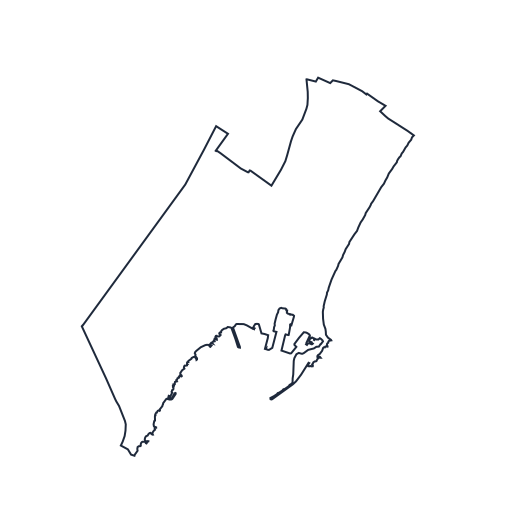 the district of Al Dikhila, Al Iskandariyah, Egypt, rotated 162°
{"feature_id": "37247803B81947016112808", "entity_name": "Al Dikhila", "entity_type": "district", "adm_level": 2, "iso_a3": "EGY", "parent_name": "Egypt", "parent_adm1": "Al Iskandariyah", "projection": "mercator", "projection_center": [29.797, 31.119], "detail": "fine", "context": "isolated", "style": "outline", "palette": "slate", "viewbox_px": 512, "rotation_deg": 162, "n_neighbors": 0, "source": "geoboundaries", "source_scale": "gbopen_adm2", "svg_char_len": 6133}
<svg xmlns="http://www.w3.org/2000/svg" viewBox="0 0 512 512"><g transform="rotate(162 256 256)"><path d="M442.9,243.3L443.4,243.0L436.4,185.6L434.2,163.7L433.8,160.9L432.6,155.7L431.6,139.5L431.9,136.1L434.1,130.2L436.6,125.3L440.2,120.6L443.1,117.5L437.6,111.7L436.2,105.7L433.3,103.6L432.7,104.5L428.8,107.4L428.5,109.2L427.6,110.9L426.4,111.3L424.6,110.9L424.2,111.2L423.9,112.4L423.1,113.6L422.0,114.3L421.2,114.4L418.6,113.4L418.4,113.2L418.6,112.1L418.1,111.6L417.6,112.0L417.8,112.8L415.7,112.9L415.6,113.1L416.8,113.6L417.8,113.6L418.5,114.5L418.5,115.9L418.2,116.5L417.4,117.7L416.2,118.6L414.6,118.7L413.1,120.0L411.8,120.5L411.0,120.4L410.7,119.5L409.7,118.1L409.3,118.0L409.4,119.4L408.5,120.4L407.2,121.4L405.7,122.0L405.8,122.8L405.5,123.7L404.8,124.0L404.0,123.6L403.9,123.9L405.5,125.2L405.7,125.7L405.4,127.6L404.0,130.1L403.5,130.7L402.9,130.7L401.8,134.4L401.2,135.7L400.8,135.6L400.6,136.1L400.7,136.4L400.2,137.1L399.2,137.9L398.8,137.7L397.3,139.1L396.1,139.2L395.5,138.5L395.2,138.7L395.0,138.9L394.9,139.9L391.5,142.1L391.1,142.9L390.3,143.6L389.8,144.7L385.6,147.7L385.1,147.8L382.4,146.1L380.8,145.7L379.8,145.9L375.6,149.2L375.0,149.7L374.8,150.4L375.1,150.7L376.0,150.5L379.8,146.9L380.9,146.7L382.1,146.8L381.3,148.1L382.0,147.5L383.3,148.3L382.2,150.0L380.8,149.0L377.9,152.0L378.3,152.9L377.4,154.0L377.1,154.4L376.1,154.5L375.6,155.1L375.2,156.3L375.4,156.6L374.8,157.1L375.3,157.6L375.2,158.3L374.6,158.7L373.7,158.5L373.4,159.0L373.7,159.4L372.7,159.4L372.6,160.2L371.9,161.3L370.1,161.2L370.4,162.0L370.2,162.6L369.3,162.7L368.6,163.9L366.7,164.1L366.5,164.4L366.9,164.8L365.5,165.8L364.1,164.5L363.7,164.7L363.7,165.4L364.4,166.7L364.2,168.1L361.5,170.2L358.9,171.0L359.0,172.3L358.4,173.3L357.7,173.8L356.9,173.4L355.4,173.3L355.2,174.1L354.7,174.2L355.0,174.6L354.4,176.1L353.8,176.3L353.2,176.1L353.2,176.6L352.7,177.1L349.2,178.2L348.7,178.9L347.1,179.2L345.5,179.2L345.3,179.0L344.6,176.3L344.7,175.6L344.1,175.8L343.7,176.9L344.6,179.8L344.0,180.9L344.3,182.4L343.7,183.3L342.1,184.2L336.7,186.3L331.8,186.9L330.1,186.7L328.4,186.0L327.9,184.1L327.5,183.7L326.0,184.6L327.0,185.6L326.6,186.6L325.5,187.2L324.4,186.3L324.7,187.1L324.5,187.4L322.8,187.8L321.9,187.7L322.2,188.7L321.2,189.3L321.2,189.8L320.9,190.2L320.0,190.1L319.9,188.9L319.1,188.5L318.9,189.4L319.6,190.3L319.7,191.1L319.5,191.8L318.8,192.4L318.1,192.3L317.8,191.5L315.7,190.9L314.1,191.8L314.9,193.2L314.8,193.9L313.9,194.4L312.8,194.1L312.4,195.2L311.3,196.0L309.1,196.7L306.5,196.5L304.8,197.2L302.4,196.0L301.6,195.2L301.2,183.6L301.3,175.1L300.9,174.5L299.6,173.8L299.4,174.5L300.0,195.1L297.9,195.8L296.3,197.1L295.5,197.3L294.5,197.0L288.7,195.0L286.2,192.9L281.6,187.9L281.4,188.2L280.4,187.1L280.3,187.3L281.2,188.3L280.9,188.6L280.0,187.6L279.8,187.7L280.8,188.7L279.5,190.1L277.7,191.5L276.1,191.2L274.8,190.6L274.4,190.1L274.7,180.7L272.0,179.2L268.9,176.9L270.2,174.2L276.2,164.9L275.6,164.5L275.2,164.7L275.4,164.4L273.5,163.0L272.6,162.7L268.9,163.6L260.0,177.5L262.3,178.9L262.6,179.5L261.7,180.7L260.8,182.7L259.6,184.1L259.2,185.9L256.9,189.7L254.2,193.8L252.4,195.6L251.4,197.6L249.8,198.8L248.0,198.9L247.0,198.1L244.2,196.9L243.7,196.1L244.0,195.4L243.2,194.6L243.8,193.8L243.7,193.4L244.2,192.5L243.7,191.5L241.6,190.1L241.8,189.8L241.5,189.6L241.1,189.9L239.7,188.8L239.2,188.8L238.3,187.4L238.7,186.5L243.6,179.4L244.1,180.4L244.7,180.3L245.7,177.5L249.3,170.8L249.7,170.8L252.1,172.3L252.9,171.4L261.0,158.2L253.8,152.8L252.6,152.6L245.7,157.1L246.9,159.5L246.7,160.4L240.5,164.8L234.1,168.7L232.1,167.8L231.0,166.8L229.6,165.0L229.3,163.8L234.8,157.9L234.7,157.5L235.7,156.6L235.0,155.7L233.9,156.6L232.5,156.7L230.3,154.8L229.6,154.8L229.1,155.1L229.6,155.6L229.7,156.8L231.3,158.0L231.9,158.8L230.3,160.5L229.4,160.7L228.8,161.3L228.3,160.8L227.6,161.0L226.1,159.4L226.8,158.3L226.6,158.1L225.6,159.1L224.7,158.1L222.5,157.3L220.7,158.1L219.8,157.0L218.8,155.1L218.7,154.1L221.6,152.1L221.9,152.2L224.2,150.4L226.7,151.0L229.5,150.2L235.4,150.6L240.5,148.9L242.0,148.7L242.9,149.0L245.3,150.6L247.9,150.1L251.1,147.0L252.5,144.6L257.2,131.8L258.9,128.4L260.4,124.2L262.9,123.1L263.8,123.1L265.0,122.1L267.2,121.4L269.9,120.6L270.5,120.8L271.3,120.7L272.5,119.9L276.2,118.9L277.7,118.9L278.9,118.1L282.1,117.2L286.2,116.5L286.4,115.3L285.7,114.8L284.9,114.8L260.5,122.6L256.7,124.4L249.8,129.2L239.0,138.2L238.5,137.7L238.8,137.5L239.0,137.7L240.6,136.3L240.0,135.9L240.2,135.0L239.0,134.5L238.1,134.5L237.2,133.8L236.1,133.6L235.8,134.2L236.1,135.6L235.3,135.9L234.4,137.1L232.8,137.6L231.8,137.3L231.0,137.4L229.8,138.7L227.7,139.9L226.0,139.3L226.4,140.4L227.2,140.6L228.0,141.4L228.3,141.2L228.1,140.6L228.8,140.8L228.6,141.8L227.6,142.6L225.7,143.1L222.4,145.4L220.6,147.8L219.7,148.2L218.7,147.8L218.2,148.4L217.7,148.4L216.0,147.7L215.8,148.1L216.2,149.2L215.4,150.7L214.1,151.2L213.6,152.2L212.7,152.8L210.5,152.5L210.6,153.1L212.8,156.1L213.8,159.5L213.0,162.5L212.5,165.2L212.7,169.8L211.6,175.6L209.7,182.2L208.6,184.4L207.5,186.0L207.2,187.3L204.6,191.7L200.5,197.5L199.8,199.2L198.0,201.0L196.6,203.4L191.4,210.3L185.1,217.2L183.9,218.0L181.0,221.2L179.9,223.0L174.2,228.0L172.9,230.0L170.4,232.5L168.6,234.8L163.8,238.7L162.8,240.5L155.6,246.3L152.2,248.6L149.9,251.5L146.1,255.6L143.3,257.7L139.5,261.2L138.4,262.9L132.8,267.4L131.0,269.2L130.4,270.1L127.7,272.0L115.6,282.8L112.0,285.2L109.6,287.8L106.9,290.2L104.2,293.4L99.6,296.7L97.4,298.7L93.1,301.6L92.5,302.7L91.2,304.0L89.1,305.6L87.8,306.1L85.7,308.5L83.9,309.6L80.2,313.0L78.0,314.3L75.8,316.6L72.5,318.6L71.0,320.6L68.6,321.9L73.3,328.3L87.8,345.9L89.9,349.3L93.2,355.3L86.4,358.8L92.3,365.5L100.2,376.1L101.1,375.5L104.1,379.9L114.6,390.7L125.8,397.7L128.6,399.3L132.0,397.5L141.8,406.4L145.2,403.4L153.1,408.4L153.4,408.4L156.1,396.1L157.9,390.2L160.4,383.8L162.6,380.4L169.8,371.4L178.8,364.4L184.2,358.4L187.2,354.4L195.3,342.1L198.8,337.1L205.6,330.3L219.6,318.1L234.8,338.8L235.6,339.3L237.2,337.9L237.8,338.1L243.4,343.9L258.1,364.9L260.3,367.7L261.4,368.0L261.8,368.5L244.9,380.9L253.8,391.8L272.7,373.1L301.2,345.8L442.4,243.4L442.9,243.1L442.9,243.3Z" fill="none" stroke="#1e293b" stroke-width="2"/></g></svg>